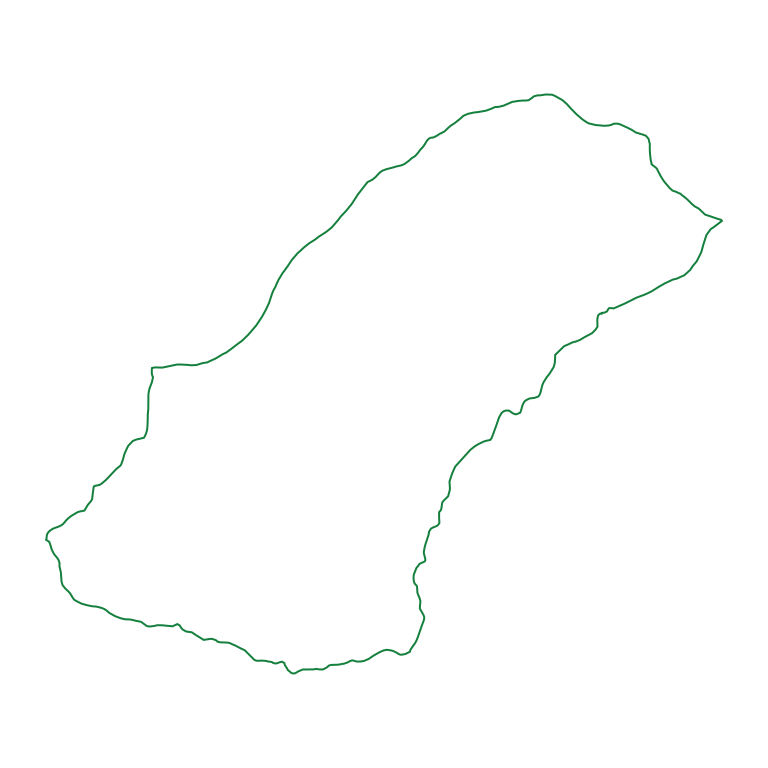 Suscal, Cañar, Ecuador
{"feature_id": "8360857B89634065401442", "entity_name": "Suscal", "entity_type": "district", "adm_level": 2, "iso_a3": "ECU", "parent_name": "Ecuador", "parent_adm1": "Cañar", "projection": "robinson", "projection_center": [-79.067, -2.464], "detail": "fine", "context": "isolated", "style": "outline", "palette": "green", "viewbox_px": 768, "rotation_deg": 0, "n_neighbors": 0, "source": "geoboundaries", "source_scale": "gbopen_adm2", "svg_char_len": 6067}
<svg xmlns="http://www.w3.org/2000/svg" viewBox="0 0 768 768"><path d="M531.3,98.4L528.6,100.2L526.3,100.5L523.3,100.5L518.5,100.9L512.2,101.9L503.5,105.7L498.8,106.8L494.9,107.1L490.7,109.0L485.9,110.7L477.9,112.1L474.0,112.5L467.7,113.9L463.3,115.9L460.1,118.8L456.1,122.0L453.7,123.8L451.1,125.4L448.6,127.5L444.4,131.5L439.3,134.1L436.9,135.7L433.6,137.4L430.5,137.8L428.8,138.7L426.9,140.7L425.1,143.8L423.0,146.9L420.4,149.6L418.1,152.7L415.5,155.7L414.5,156.5L411.7,158.2L409.1,160.6L405.2,163.5L403.3,164.6L400.4,165.6L396.2,166.5L393.0,167.5L386.7,169.1L382.6,170.6L379.9,172.4L375.6,177.0L372.5,179.6L367.5,182.1L358.0,194.3L351.7,204.0L346.6,210.3L340.7,216.6L338.0,220.2L331.9,227.3L326.2,231.9L319.2,236.4L315.0,239.6L310.9,242.2L309.0,243.4L304.0,247.4L299.7,251.4L297.7,253.1L293.5,258.0L292.0,259.7L287.4,266.6L282.6,273.1L278.7,279.5L276.2,284.8L275.3,287.1L273.6,290.0L272.1,293.6L269.0,303.0L266.0,309.5L262.1,316.6L257.9,323.0L256.3,325.3L252.7,329.6L248.0,335.0L242.1,340.7L236.0,345.2L231.9,348.4L226.3,352.5L222.5,354.3L215.1,358.8L212.0,360.1L207.2,362.4L202.6,363.1L196.5,365.0L191.2,365.3L187.7,364.9L180.6,364.5L177.2,364.5L162.3,367.6L154.9,367.4L152.0,368.0L151.8,370.1L151.8,373.3L152.3,375.8L153.0,377.1L152.0,381.9L149.7,388.0L149.2,389.8L148.8,391.7L148.4,394.8L148.3,408.9L147.8,414.3L147.6,423.6L147.3,428.2L147.0,430.3L146.3,432.7L145.4,435.1L143.9,437.8L136.5,439.5L134.8,440.1L132.8,441.0L128.7,445.3L128.2,446.0L127.5,447.2L125.6,451.3L124.7,453.3L124.2,454.8L123.1,459.0L121.9,462.5L121.2,464.4L120.6,465.3L120.1,465.9L117.5,468.0L116.0,469.3L106.1,479.8L101.3,483.9L100.0,484.6L99.2,485.0L94.9,485.9L94.0,486.3L93.7,486.8L92.9,492.6L92.2,498.5L91.8,499.8L91.0,501.1L87.8,504.9L84.4,510.6L79.8,511.5L78.0,512.0L76.1,513.0L73.1,514.8L70.6,516.4L67.9,518.6L66.4,520.1L63.7,523.3L62.8,524.2L61.9,524.9L59.4,526.3L53.1,528.6L49.7,530.8L48.6,532.0L47.6,533.3L47.3,534.0L46.9,535.0L46.4,539.1L46.1,539.8L49.3,541.9L50.5,545.3L51.8,549.8L54.2,554.3L57.2,557.9L58.6,560.1L59.5,562.9L59.5,566.4L60.9,572.6L61.5,581.4L62.6,585.2L65.2,588.4L69.7,592.8L71.9,596.3L72.8,597.9L74.4,599.9L77.0,601.4L80.1,602.9L80.5,603.2L81.4,603.6L86.6,605.1L92.3,606.3L96.4,606.6L101.2,607.8L104.1,608.9L106.7,610.6L109.3,612.9L114.8,616.0L118.6,617.5L121.9,618.6L125.3,619.3L129.1,619.4L131.6,619.7L136.4,620.9L140.6,621.7L141.3,622.0L146.9,626.1L149.6,626.5L153.4,626.1L157.6,625.2L162.2,625.3L172.5,626.3L177.3,624.1L179.8,625.5L181.3,628.1L182.8,629.6L186.1,631.5L191.8,632.3L196.6,635.5L203.7,639.9L210.1,638.9L212.1,638.9L214.6,639.7L216.1,640.3L217.3,641.5L218.5,641.9L219.9,642.3L227.8,642.6L230.5,643.3L231.2,643.8L235.0,645.4L240.4,648.2L244.8,650.3L253.7,659.2L254.3,659.8L255.5,660.4L256.6,660.7L258.4,660.8L261.8,660.6L266.0,660.9L267.9,661.5L269.9,661.7L272.0,662.1L273.4,663.1L275.7,663.5L277.2,663.2L279.2,662.4L282.0,661.7L284.4,663.1L284.9,665.1L287.3,668.8L287.9,670.1L289.9,671.7L290.7,672.5L292.2,673.3L294.1,673.5L294.9,673.3L297.1,672.2L297.8,671.6L302.8,669.5L313.7,669.4L316.2,668.9L319.3,669.4L322.7,669.5L324.4,668.8L327.3,667.1L328.8,665.6L331.3,664.9L338.0,664.7L344.3,663.6L348.1,662.2L349.9,661.1L352.1,660.4L354.2,660.8L356.5,661.5L357.4,661.6L360.6,661.5L363.8,661.0L368.8,658.9L373.4,655.7L379.4,652.3L383.4,650.5L386.6,649.8L389.8,650.2L392.7,650.8L396.7,652.7L398.1,653.7L400.3,654.7L401.9,654.7L405.9,653.9L406.6,653.3L408.3,652.6L410.0,651.6L410.1,650.5L411.2,648.6L415.3,642.8L416.7,640.0L418.1,636.4L421.3,627.1L423.8,620.3L424.1,619.2L424.2,618.1L424.1,616.6L423.7,615.5L422.7,613.6L419.9,608.7L420.0,605.0L420.4,602.1L420.3,600.6L419.6,598.2L417.9,594.1L417.4,592.6L417.1,587.4L417.0,586.4L416.3,585.3L414.8,583.7L414.3,582.7L414.0,581.9L413.7,580.3L413.6,578.6L413.6,575.9L413.8,575.0L414.1,573.8L416.5,567.8L417.7,566.5L419.1,564.5L419.6,563.9L420.2,563.5L424.3,561.7L424.8,561.3L425.1,560.8L425.3,560.1L425.3,559.1L424.9,557.5L423.9,553.4L423.8,552.3L423.9,551.4L424.7,547.1L425.4,544.5L428.5,535.0L428.9,533.1L428.9,532.1L430.3,529.6L431.2,528.5L433.0,527.5L437.0,525.9L438.0,525.0L439.4,523.0L439.1,517.0L439.1,512.2L440.5,510.6L441.1,509.6L441.4,508.4L442.1,503.4L442.3,502.6L442.6,501.9L444.1,500.2L448.1,496.3L449.4,491.5L449.9,489.2L449.9,487.5L449.5,482.1L449.6,481.2L450.6,478.1L452.2,473.3L455.2,466.6L470.4,449.8L474.8,446.3L478.6,444.0L483.2,441.8L485.3,441.0L490.3,439.9L491.6,438.1L492.7,435.3L496.5,424.9L499.1,417.3L501.7,412.8L503.3,411.6L504.3,411.0L505.7,410.6L507.2,410.5L508.7,410.6L509.5,410.9L512.5,413.1L514.2,413.9L515.7,414.3L516.7,414.2L520.2,412.7L521.3,409.7L522.1,406.4L523.4,403.2L524.6,401.4L526.1,400.2L529.2,398.6L530.8,398.3L534.4,397.9L538.1,396.6L538.7,396.1L539.6,394.7L540.3,393.2L542.3,385.2L543.7,382.0L546.9,377.0L549.6,373.6L551.7,370.3L553.7,367.0L554.0,366.0L554.8,362.8L555.1,358.3L555.2,354.9L564.1,346.2L568.7,344.2L572.4,342.4L576.0,341.5L580.2,339.8L584.1,337.4L592.0,333.2L595.6,329.6L597.5,326.6L597.3,320.6L597.5,317.9L598.2,315.3L599.8,313.8L601.7,313.7L601.7,312.9L603.2,312.8L604.3,312.6L606.7,311.6L607.2,311.1L608.3,309.0L609.1,308.2L609.8,308.1L610.7,308.1L613.6,308.4L624.7,303.6L636.4,297.7L644.2,294.8L647.7,293.3L652.0,291.1L658.5,287.0L664.7,283.4L672.8,279.6L676.9,278.6L684.4,275.2L690.1,270.0L693.2,265.5L696.8,261.2L701.3,252.1L703.5,244.1L706.4,235.1L710.7,229.1L713.2,227.5L715.9,225.5L721.9,220.9L721.1,219.8L718.1,219.0L709.4,216.0L705.1,214.6L698.9,208.7L694.6,206.3L691.7,203.8L688.2,200.3L685.2,197.6L681.3,194.6L680.6,193.8L679.2,193.3L675.8,191.7L673.1,190.8L672.4,190.5L669.3,187.7L668.7,186.9L665.6,183.3L663.5,180.6L660.9,176.5L657.7,170.5L657.0,168.8L655.6,167.4L652.5,165.1L651.5,164.1L651.6,163.6L650.7,159.8L650.0,153.7L649.8,150.2L649.8,144.0L648.5,138.7L645.8,135.7L642.5,134.5L635.8,132.5L632.2,130.1L627.3,127.6L620.2,124.4L617.8,123.7L613.9,123.7L611.7,124.7L608.9,125.5L603.7,125.8L600.2,125.4L596.0,125.1L588.8,123.4L586.4,122.1L581.9,119.0L575.9,113.7L570.3,107.9L566.8,104.0L562.4,100.1L554.9,95.9L552.0,94.7L545.5,94.5L540.6,95.3L537.3,95.4L533.8,96.4L531.3,98.4Z" fill="none" stroke="#15803d" stroke-width="2"/></svg>